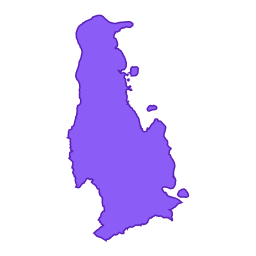 the district of East Santo, Sanma, Vanuatu
{"feature_id": "77236927B80852571944001", "entity_name": "East Santo", "entity_type": "district", "adm_level": 2, "iso_a3": "VUT", "parent_name": "Vanuatu", "parent_adm1": "Sanma", "projection": "mercator", "projection_center": [167.067, -15.142], "detail": "fine", "context": "isolated", "style": "filled", "palette": "violet", "viewbox_px": 256, "rotation_deg": 0, "n_neighbors": 0, "source": "geoboundaries", "source_scale": "gbopen_adm2", "svg_char_len": 5838}
<svg xmlns="http://www.w3.org/2000/svg" viewBox="0 0 256 256"><path d="M181.8,202.5L178.9,200.0L176.2,198.5L174.9,198.0L173.7,198.0L172.8,197.3L170.7,197.2L169.8,196.4L169.2,196.5L167.1,195.4L167.1,194.6L166.0,192.8L165.4,192.4L164.5,192.7L163.1,191.0L163.0,190.3L162.4,190.2L162.0,188.9L162.7,187.5L163.8,186.9L166.9,187.2L170.3,188.6L173.0,188.2L174.3,186.6L175.4,183.8L175.3,182.2L175.7,180.6L175.3,178.8L173.9,177.7L174.4,177.4L174.0,176.8L173.1,176.6L173.0,176.3L173.7,175.7L173.2,173.7L173.5,173.5L173.5,171.7L174.8,166.5L174.4,163.0L172.5,159.2L171.6,158.4L170.0,154.7L168.9,154.2L169.5,150.4L170.9,148.9L171.0,148.3L169.8,147.7L167.5,145.2L167.7,142.7L167.2,140.7L165.5,138.8L165.1,138.6L165.1,138.2L163.9,136.3L164.1,133.2L164.8,131.8L165.7,127.7L165.5,126.5L160.9,121.5L160.0,121.1L158.1,121.1L157.6,119.2L155.8,119.0L154.9,119.5L154.9,120.3L154.4,120.6L154.4,121.3L153.7,122.6L152.2,123.8L150.9,125.4L149.1,128.8L148.1,128.8L148.0,128.2L147.4,128.1L146.8,129.8L147.1,130.7L146.0,131.5L144.4,131.7L143.6,131.6L142.5,130.7L142.5,130.0L142.0,129.4L142.2,128.8L141.0,128.2L141.1,127.2L140.6,127.0L140.8,126.0L140.1,125.4L138.9,119.0L138.2,117.4L137.0,116.2L136.5,114.2L135.5,113.4L135.1,112.0L133.7,110.4L132.9,110.0L132.1,108.1L130.5,107.2L129.9,106.4L129.6,106.5L129.6,105.3L128.5,104.7L128.5,104.0L127.3,104.1L127.8,103.0L127.6,102.3L129.1,101.2L127.2,101.5L126.3,100.6L126.8,99.6L127.2,96.1L126.3,94.3L126.5,93.2L125.8,92.6L126.2,92.0L126.1,90.6L126.6,89.6L127.2,89.2L129.1,89.4L128.7,88.5L130.7,86.7L130.4,86.1L129.9,86.0L129.2,87.0L128.7,87.1L128.2,86.8L127.2,86.9L126.5,86.1L126.0,84.4L126.3,83.8L126.2,83.0L125.6,82.1L125.7,81.4L125.2,79.5L125.4,79.0L124.2,77.6L124.5,75.9L125.1,75.0L125.8,74.7L125.5,73.6L123.6,72.6L121.9,73.3L121.6,73.0L120.8,73.2L119.0,71.4L118.9,70.8L117.7,70.1L120.8,71.6L121.3,71.2L121.8,69.9L123.8,69.7L124.5,69.2L125.4,68.1L126.2,66.2L126.3,62.6L125.4,60.5L125.5,59.8L124.0,56.3L123.6,56.0L123.2,54.8L120.9,50.8L118.7,49.5L118.5,48.8L117.0,48.4L115.7,48.6L115.1,48.0L115.7,47.3L117.2,46.4L117.6,44.5L117.1,41.8L115.9,38.9L115.2,38.3L114.0,37.8L113.7,37.0L114.3,34.4L114.6,33.6L115.4,33.1L115.2,32.1L116.1,31.8L117.5,31.9L119.8,30.7L119.7,30.1L121.4,28.1L122.7,28.1L123.3,27.7L124.0,27.9L125.9,26.8L129.6,27.4L130.5,27.2L132.8,25.3L132.8,23.6L130.7,22.1L128.6,21.7L120.1,22.4L115.5,23.5L113.1,23.3L109.2,22.1L105.0,18.7L103.2,16.7L100.9,15.4L98.1,15.4L94.5,16.4L93.8,16.9L93.0,16.9L91.3,19.0L85.1,21.6L83.9,22.8L83.1,22.7L82.5,23.8L80.1,25.3L78.8,26.6L77.4,29.1L76.2,33.1L76.5,38.1L77.4,39.6L78.5,43.4L79.9,45.3L80.4,47.5L81.4,48.6L82.2,52.0L81.1,57.4L80.1,60.3L79.8,60.5L79.3,61.7L78.7,65.8L76.0,73.5L76.0,74.9L75.7,76.1L76.8,79.3L78.3,80.9L79.5,83.7L79.9,87.5L79.3,90.2L79.7,92.7L79.4,94.6L79.7,95.9L79.4,97.2L79.9,98.4L80.8,99.4L80.6,103.0L80.3,103.8L78.4,105.4L77.7,105.5L77.0,108.7L77.2,111.0L76.9,112.9L77.1,113.9L76.7,114.1L76.8,115.0L75.6,117.4L76.1,117.9L75.4,119.4L73.8,125.8L71.8,126.9L71.9,128.3L71.6,129.1L69.1,130.1L68.4,132.4L68.7,133.6L68.2,134.8L68.5,136.8L67.5,137.7L70.2,138.8L70.5,139.8L70.1,141.6L70.7,143.1L70.1,144.7L71.0,146.6L70.0,147.7L70.8,148.6L70.9,150.4L72.6,150.9L72.0,151.8L70.6,152.0L69.9,152.5L69.6,155.2L70.2,156.8L69.6,157.0L69.6,157.7L69.0,158.2L72.8,161.9L72.9,164.6L72.6,165.9L72.1,166.3L72.1,168.0L73.0,168.1L72.9,168.7L73.9,169.9L73.0,171.2L72.8,173.0L74.1,174.6L74.0,175.2L74.5,175.8L74.3,176.7L75.5,177.2L75.7,178.4L75.2,179.3L75.6,182.2L76.8,185.2L75.7,187.0L78.2,187.7L79.6,187.3L82.1,183.8L82.8,183.6L83.3,182.9L84.2,182.9L84.2,182.2L85.3,181.3L86.2,179.3L87.4,178.3L88.3,178.9L88.8,178.5L90.0,179.6L91.3,178.8L93.3,180.1L92.8,180.7L91.8,181.1L91.4,182.1L93.0,183.7L94.2,184.3L96.0,185.9L97.4,188.7L99.2,189.4L99.2,192.8L100.1,193.8L99.7,194.7L102.5,197.9L102.2,199.5L102.5,200.8L102.2,201.4L102.7,205.2L103.0,206.1L103.9,206.2L104.5,210.0L104.1,210.5L104.4,211.0L102.8,211.6L101.6,213.2L101.1,214.0L100.7,216.6L99.6,217.6L99.3,218.7L98.3,219.9L100.2,221.2L99.8,222.0L101.2,223.1L101.5,224.3L102.4,224.5L103.4,225.5L102.4,226.0L101.9,226.8L100.4,227.2L98.9,229.1L97.4,229.9L93.8,233.1L95.3,234.3L96.6,236.0L101.5,237.8L106.0,240.6L106.0,240.2L107.2,239.2L108.7,239.2L109.4,238.4L110.0,238.3L110.3,238.0L110.2,237.5L110.9,237.4L111.6,236.5L112.6,236.1L113.5,234.9L114.7,234.5L115.3,235.0L117.0,234.6L119.5,232.4L121.6,233.6L123.7,233.4L123.9,232.9L123.3,231.8L123.5,231.2L124.4,230.6L124.6,229.8L125.2,229.6L125.7,228.6L126.8,228.3L127.4,229.1L127.9,227.8L128.9,227.6L129.6,226.6L130.3,226.6L130.9,227.1L132.7,227.0L135.7,225.0L137.3,225.3L139.5,225.0L140.8,225.7L141.3,224.7L142.4,223.7L143.4,224.5L144.4,224.0L145.2,224.2L147.6,222.4L147.6,221.6L149.5,218.0L151.1,218.1L151.4,217.3L152.3,217.3L152.8,216.5L154.2,216.1L155.4,215.0L157.1,216.0L157.7,215.8L158.9,216.3L161.0,215.9L163.8,217.8L165.8,217.4L166.5,217.8L168.6,217.5L169.1,218.6L171.1,219.5L171.9,220.6L172.4,220.4L172.2,218.6L171.4,216.9L172.2,215.4L172.2,212.5L171.2,210.7L170.5,210.6L169.5,209.8L170.7,209.8L171.5,208.9L172.7,208.7L173.4,207.7L175.2,207.0L178.0,203.8L181.8,202.5ZM187.7,196.7L188.3,196.2L188.5,195.4L187.9,193.4L185.6,190.0L184.0,189.0L181.7,189.5L179.1,191.2L177.7,194.0L177.6,194.6L178.4,196.0L181.0,197.1L183.7,196.9L186.0,197.3L187.7,196.7ZM129.2,72.8L130.8,73.5L131.3,75.9L135.8,75.6L137.1,74.4L137.9,72.8L138.2,68.3L137.0,67.0L135.9,66.8L133.4,67.2L132.3,66.8L131.3,67.6L131.0,68.9L130.6,69.3L130.9,71.3L130.2,72.3L129.2,72.8ZM148.4,106.9L147.2,109.0L147.8,110.6L149.0,111.1L152.5,109.8L155.6,109.4L156.4,108.9L156.8,107.4L155.8,106.3L153.4,105.4L152.6,106.1L150.7,105.5L149.5,105.8L148.4,106.9ZM129.7,89.7L130.3,90.4L131.7,90.1L131.2,89.2L130.3,89.2L129.7,89.7ZM127.5,79.6L128.0,80.7L128.5,80.9L128.9,80.6L129.0,79.2L128.5,79.1L127.5,79.6ZM126.8,74.8L126.9,75.2L127.5,75.5L128.1,74.5L127.7,74.2L126.8,74.8Z" fill="#8b5cf6" stroke="#5b21b6" stroke-width="1.5"/></svg>